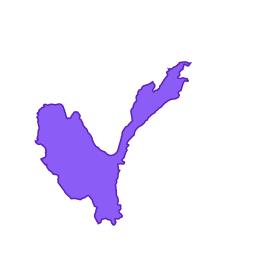 an SVG outline of Badakhshan, rotated 323°
{"feature_id": "AFG-1760", "entity_name": "Badakhshan", "entity_type": "Province", "adm_level": 1, "iso_a3": "AFG", "parent_name": "Afghanistan", "parent_adm1": "", "projection": "orthographic", "projection_center": [71.727, 36.958], "detail": "fine", "context": "isolated", "style": "filled", "palette": "violet", "viewbox_px": 256, "rotation_deg": 323, "n_neighbors": 0, "source": "natural_earth", "source_scale": "10m", "svg_char_len": 5768}
<svg xmlns="http://www.w3.org/2000/svg" viewBox="0 0 256 256"><g transform="rotate(323 128 128)"><path d="M213.5,114.7L213.1,114.5L211.3,111.0L210.7,111.0L209.1,112.6L208.2,112.8L207.9,113.3L207.2,114.1L206.9,114.3L206.7,114.2L206.0,113.6L203.9,114.2L202.8,114.2L202.3,114.5L201.7,116.2L201.3,116.8L200.7,117.1L200.0,117.2L198.6,117.1L198.1,117.3L198.0,118.2L198.6,119.1L199.8,120.0L202.1,121.0L202.8,121.8L203.7,123.4L204.6,123.8L204.8,124.0L204.8,124.7L204.5,126.5L203.9,126.7L203.2,126.1L202.4,125.0L201.5,124.6L200.7,124.7L199.2,125.2L198.3,126.0L195.3,128.0L193.6,129.5L192.7,129.9L190.3,129.6L189.7,129.8L189.2,130.2L189.0,130.9L188.8,132.4L188.5,132.9L186.4,133.7L185.3,133.7L183.1,133.0L180.1,131.2L179.0,130.8L176.7,130.4L171.9,130.3L167.1,131.2L164.8,130.9L162.4,131.3L160.6,131.2L158.8,131.8L158.3,131.9L155.5,131.5L150.1,132.1L149.5,132.4L148.2,133.2L147.7,133.2L146.6,132.7L145.7,133.0L144.8,133.4L143.7,133.8L140.5,134.0L137.5,133.5L135.0,133.7L132.7,134.3L130.9,135.2L128.7,137.2L127.9,137.4L126.2,137.3L124.7,137.8L123.1,137.9L119.9,138.7L118.3,139.4L117.7,139.8L117.5,140.4L118.1,141.3L118.4,142.0L117.7,142.4L115.6,142.7L114.2,143.3L113.9,143.6L114.1,144.4L114.1,144.8L113.5,145.4L112.0,145.8L111.2,146.2L110.7,146.8L108.9,147.8L107.5,149.1L106.9,149.3L104.5,149.5L103.8,150.0L103.8,151.4L104.5,152.7L104.6,153.3L104.1,153.8L103.6,154.0L103.0,154.0L102.4,153.8L101.3,152.7L99.2,151.2L98.5,150.9L97.8,151.0L97.5,151.4L96.7,153.5L96.4,154.0L95.5,154.9L95.3,155.6L95.9,156.9L95.2,157.3L93.6,157.8L93.0,158.2L90.2,161.3L89.4,161.9L87.1,162.7L86.9,163.0L86.7,164.0L86.4,164.4L83.5,166.1L83.3,166.5L83.1,167.4L82.9,167.8L81.7,169.0L81.4,169.7L81.5,170.4L80.5,171.4L79.3,173.4L78.6,174.1L78.4,174.5L78.2,175.0L77.8,177.5L77.5,178.4L75.9,180.9L74.4,181.7L74.2,182.0L73.9,183.1L74.0,183.7L74.2,183.9L75.0,184.4L75.5,184.9L75.7,185.2L75.7,185.5L75.4,185.8L74.4,186.8L73.7,188.1L72.3,188.7L71.1,188.5L70.6,188.8L70.2,190.0L70.3,190.8L70.2,191.4L70.5,192.1L70.7,193.8L70.6,194.4L70.0,195.3L69.3,195.3L67.4,194.8L66.1,195.0L65.1,194.6L63.5,192.8L63.2,192.8L62.8,193.1L62.1,194.0L62.0,194.4L61.9,195.5L61.5,196.0L60.3,196.7L59.3,197.1L58.1,196.9L57.9,196.3L57.8,194.5L58.1,193.3L58.6,192.1L58.6,191.4L58.2,190.6L56.6,188.8L56.2,187.3L55.9,186.8L53.8,186.0L52.8,185.4L52.3,185.3L51.9,185.3L51.2,185.6L49.9,186.7L49.0,187.0L46.7,186.5L46.9,185.9L47.2,183.1L47.4,182.4L47.6,180.3L48.3,178.3L48.8,177.8L49.4,177.0L50.3,176.5L52.0,175.5L53.3,174.1L55.2,173.2L55.4,172.9L55.4,172.6L55.2,172.0L54.3,170.5L54.2,169.8L54.7,169.0L54.8,167.9L55.4,165.6L56.0,164.8L56.1,163.5L56.0,158.6L55.5,158.0L54.8,157.7L53.5,157.6L51.9,157.7L49.5,156.8L48.3,156.6L47.3,156.8L46.9,156.5L46.3,156.0L43.8,152.9L41.8,151.3L40.3,150.5L40.1,150.3L40.0,149.9L40.1,147.8L39.6,146.2L39.0,143.3L39.0,141.6L39.3,139.6L39.4,129.2L40.5,128.4L40.7,127.6L41.2,126.7L42.2,126.3L42.7,125.9L42.8,125.3L43.7,123.8L42.9,122.3L42.3,121.6L41.0,120.5L40.7,120.1L40.5,119.6L40.6,117.1L39.6,114.3L39.6,113.1L39.8,110.5L40.1,109.3L41.0,108.1L40.7,107.8L39.8,107.6L39.7,107.1L39.6,101.5L39.8,100.6L40.2,100.8L41.4,101.0L41.1,100.7L42.1,100.9L43.2,101.3L44.3,101.5L45.3,101.1L46.6,99.5L46.9,99.4L47.5,97.7L48.4,97.7L48.7,97.4L48.9,96.8L48.9,96.0L49.7,95.1L50.0,93.7L49.9,93.0L49.5,91.1L49.7,90.6L49.1,89.7L48.9,89.1L48.8,88.5L48.5,88.1L46.9,87.5L46.3,86.5L45.9,85.2L45.7,83.8L46.2,82.7L46.9,83.3L47.7,83.4L48.5,83.3L49.4,83.0L49.1,82.6L49.0,82.3L49.1,81.5L50.2,81.1L50.6,80.4L51.7,79.8L53.4,77.6L55.0,76.0L55.4,75.7L56.6,75.2L57.0,74.9L57.4,74.1L58.4,71.6L59.5,69.5L59.8,68.4L61.1,67.9L61.6,66.3L61.6,65.0L61.8,64.6L62.1,64.4L62.9,64.5L63.3,64.3L64.5,63.3L64.8,62.8L64.1,62.3L64.1,61.9L64.8,61.5L66.9,61.3L67.6,60.2L68.2,60.1L69.3,60.1L70.5,60.4L71.1,59.9L71.5,59.8L73.0,60.6L73.8,60.8L74.2,60.3L74.1,59.3L74.4,59.0L75.2,58.9L76.1,59.3L76.8,60.0L77.3,61.2L77.5,61.6L77.9,61.9L78.9,61.8L80.3,62.4L81.7,63.4L83.9,65.7L86.8,67.0L88.0,67.8L88.9,69.2L89.1,71.2L88.9,72.2L88.2,74.2L88.0,75.5L87.3,76.8L86.8,78.7L85.8,80.7L85.5,81.9L85.1,82.9L85.1,83.4L85.2,84.0L85.4,84.1L86.1,84.0L87.4,85.2L88.2,85.5L89.6,84.6L94.0,83.1L95.3,83.2L96.3,83.9L97.4,85.3L97.2,85.6L97.3,87.1L97.3,88.2L97.2,89.1L96.6,89.9L95.3,90.7L95.0,91.5L95.4,93.4L95.0,95.3L94.7,97.2L93.9,98.4L93.8,100.4L94.3,104.1L93.9,105.9L93.5,106.9L93.4,107.6L93.7,109.3L93.7,111.3L93.6,112.2L93.4,112.8L93.4,114.1L92.0,116.4L92.2,117.5L91.9,117.9L91.7,118.6L91.4,120.4L91.3,123.2L91.4,123.8L92.2,125.2L92.4,125.8L92.4,127.6L92.5,128.6L92.8,129.4L94.8,132.8L95.2,133.7L95.5,135.8L95.7,136.8L96.6,138.4L97.8,139.7L99.4,140.5L101.1,140.9L102.9,140.9L104.7,140.6L106.1,140.0L116.7,132.0L117.6,131.0L118.9,130.3L120.1,128.7L121.5,127.7L125.2,126.2L126.8,125.8L129.3,126.3L130.6,125.6L136.0,124.8L136.3,124.4L136.5,123.5L138.0,121.1L139.7,117.5L140.7,116.0L142.2,115.1L143.9,114.8L144.8,114.4L145.5,113.5L148.1,111.9L150.7,111.6L151.4,111.0L151.9,110.4L152.5,109.1L153.0,108.4L154.4,107.2L154.7,107.1L155.5,107.4L155.9,107.2L157.6,105.3L158.2,104.9L158.9,104.6L159.8,104.5L160.7,104.6L161.3,104.9L161.9,105.1L164.1,103.8L165.7,103.7L170.1,105.3L172.6,105.9L174.2,105.8L175.5,105.9L175.2,107.5L175.3,109.4L175.1,110.1L174.5,110.8L173.8,111.3L173.3,111.6L171.9,111.8L171.2,112.1L170.4,112.8L170.0,113.7L170.2,114.6L170.7,114.9L172.3,114.4L173.0,114.5L174.1,115.6L174.5,115.6L175.1,115.1L175.4,115.0L176.8,115.2L177.3,115.0L178.7,113.7L179.4,113.5L180.9,113.3L183.0,112.2L183.7,112.1L186.4,111.0L190.4,110.1L191.3,109.7L192.0,108.9L192.0,107.3L192.5,106.7L193.5,106.6L194.6,106.9L195.4,106.7L195.8,105.5L196.0,106.1L196.5,105.8L196.9,105.8L197.2,106.0L197.8,106.9L198.1,107.0L199.6,107.1L200.9,106.9L203.3,107.6L207.3,107.3L208.4,106.7L213.1,109.4L214.2,110.4L215.9,113.2L217.0,113.8L214.2,114.6L213.5,114.7Z" fill="#8b5cf6" stroke="#5b21b6" stroke-width="1.5"/></g></svg>